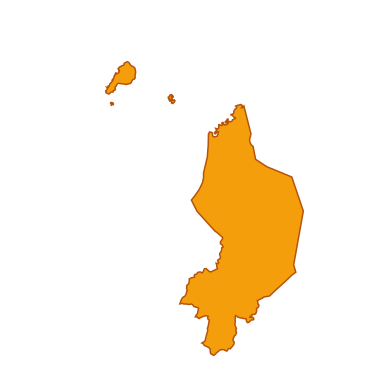 outline of Rompin, Pahang, Malaysia, rotated 227°
{"feature_id": "92858781B70055833536426", "entity_name": "Rompin", "entity_type": "district", "adm_level": 2, "iso_a3": "MYS", "parent_name": "Malaysia", "parent_adm1": "Pahang", "projection": "robinson", "projection_center": [103.679, 2.92], "detail": "fine", "context": "isolated", "style": "filled", "palette": "amber", "viewbox_px": 384, "rotation_deg": 227, "n_neighbors": 0, "source": "geoboundaries", "source_scale": "gbopen_adm2", "svg_char_len": 5991}
<svg xmlns="http://www.w3.org/2000/svg" viewBox="0 0 384 384"><g transform="rotate(227 192 192)"><path d="M51.9,109.0L52.4,111.2L52.2,112.1L51.8,112.9L51.1,113.3L51.5,114.5L51.5,116.1L52.2,119.1L53.7,120.6L55.1,120.6L55.9,121.2L56.8,122.3L57.0,123.3L57.7,124.2L57.7,126.1L58.1,127.5L59.2,129.0L61.1,129.6L61.7,131.3L63.8,132.1L65.3,132.5L66.8,134.1L67.9,135.5L69.3,136.4L70.4,138.0L71.5,138.7L71.8,139.7L70.7,140.1L69.3,140.2L67.1,141.4L66.0,142.4L63.6,143.9L62.5,145.0L61.4,144.6L60.2,143.6L59.0,143.5L58.4,143.6L57.9,144.7L58.0,146.9L57.9,148.2L57.3,148.9L56.6,150.0L57.3,150.9L59.0,151.0L59.7,150.4L60.9,148.9L61.4,149.8L60.7,150.6L60.8,151.5L61.4,152.3L60.8,153.4L59.7,154.4L59.6,155.8L61.0,158.3L61.8,158.9L62.9,160.0L62.5,161.3L62.6,162.3L63.6,163.8L64.5,163.7L65.7,164.3L67.2,165.4L68.0,165.7L66.3,171.5L66.0,173.4L64.9,175.0L63.6,176.8L63.0,178.2L63.2,183.8L63.1,191.6L63.0,197.1L63.0,202.6L63.1,208.3L62.5,213.2L69.4,216.7L102.1,260.4L134.9,275.2L159.6,263.9L172.5,260.8L183.8,267.8L186.1,267.5L188.7,268.2L189.5,268.7L191.1,269.9L194.2,274.7L219.5,288.6L219.2,286.8L219.8,285.7L220.5,287.3L221.1,287.7L221.7,287.7L222.8,287.3L223.2,286.6L223.4,285.7L224.3,284.6L225.0,282.5L224.1,282.6L223.4,282.4L223.1,281.5L223.2,280.4L222.9,278.6L222.5,277.6L221.7,276.9L221.2,276.0L221.2,275.0L221.5,274.3L222.1,273.5L221.9,273.1L221.0,273.4L220.1,273.9L218.3,273.6L217.4,274.1L216.6,274.4L216.2,273.8L217.2,270.9L216.6,269.9L216.6,268.9L217.2,268.2L217.9,267.5L220.0,266.2L220.2,267.6L220.7,268.1L221.2,267.6L220.9,266.5L220.5,265.7L220.8,264.7L220.6,264.1L219.9,263.7L219.3,264.1L219.0,265.4L218.4,266.0L217.5,265.3L217.7,263.6L217.9,262.7L218.7,261.7L219.5,261.4L220.6,261.8L221.6,262.1L222.1,261.7L222.1,260.9L221.7,260.5L221.1,260.4L220.2,260.0L220.3,259.4L220.6,258.9L222.9,257.8L222.8,257.1L222.0,256.6L220.5,255.1L220.7,253.7L222.3,252.7L221.4,252.5L220.2,251.6L220.1,250.3L220.1,248.9L219.2,248.5L218.6,248.7L218.5,249.8L218.9,250.9L218.7,252.2L217.9,252.4L215.7,248.7L216.4,246.8L217.3,245.7L218.4,245.3L219.5,245.8L221.2,247.1L221.9,247.2L223.9,245.9L223.2,243.6L215.4,236.0L207.0,226.9L197.9,213.2L194.9,210.6L191.7,206.1L188.9,198.9L187.4,192.0L186.5,186.0L174.4,182.5L147.7,182.1L145.2,182.7L142.8,182.9L139.4,183.3L137.8,183.3L137.0,182.4L136.1,178.7L134.7,177.5L133.8,177.8L132.1,177.8L130.5,177.2L130.9,175.7L129.9,174.7L128.7,173.1L128.3,170.6L127.2,169.4L125.2,168.6L124.1,167.2L124.7,165.1L124.4,163.9L122.4,163.5L121.8,162.4L123.5,161.1L122.2,160.5L120.7,159.3L118.6,158.4L118.9,156.9L119.9,153.9L120.5,151.6L121.8,150.5L126.5,150.1L127.4,148.5L126.2,146.3L125.8,144.3L128.0,143.5L129.0,141.9L129.3,141.1L128.8,139.6L129.7,137.8L129.5,136.8L128.0,135.7L129.2,133.9L130.0,132.1L130.3,130.6L129.3,129.8L128.1,128.4L127.1,126.9L127.2,124.5L125.8,123.1L125.0,122.1L123.1,121.4L123.0,120.4L121.3,118.1L120.7,115.8L121.2,113.4L120.7,111.1L118.5,106.8L117.0,109.1L115.7,109.6L113.5,111.9L112.0,112.9L111.2,114.0L110.6,115.2L108.6,115.6L107.2,115.2L105.6,116.0L104.7,116.8L102.5,117.5L99.4,113.1L98.9,110.3L98.4,109.2L97.0,110.7L95.2,110.5L94.4,111.2L94.5,112.0L93.1,115.9L92.2,117.7L90.2,119.0L88.9,117.3L87.5,116.9L86.5,117.3L82.5,111.8L81.8,110.3L80.2,109.2L79.4,108.3L77.3,104.6L74.1,99.9L74.8,96.2L73.5,96.7L71.2,96.4L70.0,97.0L67.0,98.1L64.8,98.2L62.4,96.1L60.8,95.4L59.2,96.0L57.8,96.4L57.5,97.9L57.6,100.1L57.4,104.4L57.0,105.6L55.8,106.8L54.9,107.9L53.2,108.3L51.9,109.0ZM324.1,197.7L323.7,197.4L323.5,197.0L323.0,196.8L322.5,197.0L322.0,197.3L320.7,197.7L320.2,198.5L320.1,198.9L320.1,199.3L320.4,200.2L320.4,200.7L320.2,201.2L319.6,201.7L319.1,202.2L319.0,202.7L319.0,202.9L319.7,203.5L319.8,203.7L319.5,204.0L319.3,204.9L319.1,205.4L319.2,205.9L320.4,206.6L321.0,207.2L321.2,207.6L321.2,208.9L321.8,210.1L321.8,210.6L322.0,211.2L321.8,212.1L320.7,213.2L318.9,214.5L317.7,215.7L315.5,217.2L315.0,218.3L314.3,219.3L313.9,220.3L313.5,220.9L313.4,221.5L313.5,222.2L314.3,224.0L314.5,224.8L314.4,225.6L313.9,226.9L314.2,228.2L314.4,228.6L315.6,229.2L316.0,229.7L317.7,232.2L319.7,233.7L320.7,234.2L321.5,234.6L322.3,234.8L323.8,234.4L325.7,233.7L327.2,233.7L328.6,234.0L329.5,234.1L330.8,233.9L331.3,233.7L331.6,233.2L331.7,232.5L332.3,230.7L332.4,230.2L331.6,229.2L331.4,228.6L331.6,227.9L332.4,226.6L332.4,226.1L332.2,225.5L332.4,225.0L332.8,224.5L332.9,223.9L332.8,223.4L332.4,222.8L332.2,222.2L332.4,222.0L331.9,221.8L330.6,221.8L330.7,221.3L330.3,220.9L329.9,221.1L329.4,220.6L329.3,219.4L329.5,218.2L329.7,217.7L330.1,217.5L330.6,217.8L331.0,217.6L331.1,217.1L330.8,216.7L330.1,216.4L329.9,215.3L330.3,215.0L330.1,214.6L329.6,214.4L329.0,212.6L328.7,212.5L328.4,211.8L328.5,211.0L328.1,210.9L327.7,210.7L327.6,210.2L328.2,210.1L328.3,209.9L327.4,208.9L327.1,207.9L327.2,206.9L327.1,205.9L327.0,205.6L326.9,205.2L326.4,204.6L326.2,204.0L326.0,203.9L326.1,203.3L326.3,203.3L326.5,203.2L326.8,203.0L326.7,202.7L325.8,202.3L325.7,202.2L325.8,202.0L325.6,201.8L325.6,201.6L326.2,201.5L326.7,201.1L326.4,201.1L325.9,200.9L325.8,200.7L325.4,200.4L325.0,199.9L324.6,198.8L324.9,198.0L324.6,197.6L324.4,197.7L324.1,197.7ZM273.9,237.9L273.7,237.8L273.5,238.6L274.4,241.5L274.4,242.4L274.3,243.1L274.9,243.3L275.0,243.5L275.4,243.5L275.3,242.9L275.4,242.7L275.0,241.7L275.3,241.4L275.5,241.5L276.4,243.3L277.0,243.5L277.5,243.1L277.9,242.3L277.3,239.8L277.6,239.4L277.5,239.2L276.4,238.6L276.3,238.9L276.1,239.0L275.5,239.1L275.4,238.9L275.5,238.7L275.4,238.4L274.7,238.0L274.3,238.3L273.9,238.4L273.9,237.9ZM271.7,238.5L271.1,237.7L270.5,238.0L270.1,238.5L269.8,238.5L269.9,239.3L269.8,239.5L269.8,240.6L270.5,241.8L270.9,241.5L271.5,241.8L272.1,240.7L272.7,240.8L272.6,239.6L272.3,239.2L272.6,238.8L272.4,238.5L271.7,238.5ZM311.7,193.3L311.2,193.1L311.0,192.7L311.0,192.4L310.8,192.2L310.3,192.2L310.2,192.5L310.3,192.6L310.6,193.0L311.0,193.2L311.0,193.5L310.9,193.9L309.7,194.0L309.8,194.5L310.5,195.0L311.3,194.6L311.8,194.6L312.2,194.3L312.2,194.0L312.6,193.9L312.8,193.5L312.4,192.9L312.1,193.0L311.7,193.3Z" fill="#f59e0b" stroke="#b45309" stroke-width="1.5"/></g></svg>